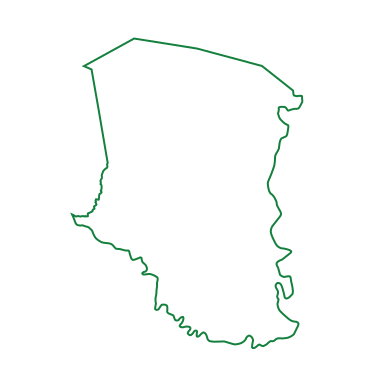 the district of Cucuyagua, Copán, Honduras, rotated 194°
{"feature_id": "27666195B10036969380413", "entity_name": "Cucuyagua", "entity_type": "district", "adm_level": 2, "iso_a3": "HND", "parent_name": "Honduras", "parent_adm1": "Copán", "projection": "natural_earth1", "projection_center": [-88.859, 14.693], "detail": "fine", "context": "isolated", "style": "outline", "palette": "green", "viewbox_px": 384, "rotation_deg": 194, "n_neighbors": 0, "source": "geoboundaries", "source_scale": "gbopen_adm2", "svg_char_len": 5862}
<svg xmlns="http://www.w3.org/2000/svg" viewBox="0 0 384 384"><g transform="rotate(194 192 192)"><path d="M93.9,55.8L93.0,56.4L91.9,57.8L90.7,59.6L89.9,60.2L89.4,60.3L88.2,59.9L86.4,59.6L85.7,59.7L84.8,60.3L82.9,62.0L81.2,64.6L80.0,66.0L79.3,66.5L77.9,66.6L76.6,67.3L76.0,67.9L75.1,69.4L73.7,70.5L72.4,71.1L68.8,71.8L65.5,73.0L63.4,74.0L61.2,75.7L59.6,77.4L59.1,78.1L58.7,78.8L56.8,87.5L56.7,88.9L56.8,89.7L57.0,90.2L57.4,90.7L58.0,91.0L59.5,91.3L61.7,91.0L63.3,91.0L64.2,91.1L65.4,91.4L67.0,92.0L68.9,92.9L74.8,96.0L77.1,97.4L78.7,98.5L80.0,100.1L81.2,102.2L81.8,103.5L82.0,104.4L82.0,107.3L82.1,108.8L82.4,109.1L83.3,109.8L84.1,111.2L84.1,114.3L84.4,116.0L85.2,117.3L87.1,119.2L87.8,120.2L88.1,120.8L88.2,121.5L88.1,122.3L88.0,123.0L87.6,123.7L87.2,124.2L86.7,124.5L85.4,124.7L84.5,124.5L83.1,123.6L81.9,122.0L80.4,119.6L78.1,115.4L76.7,112.5L76.2,111.9L75.6,111.6L74.8,111.5L74.1,111.7L73.5,112.1L72.7,112.8L71.6,114.2L70.5,116.1L69.9,117.2L69.8,118.1L69.9,119.2L70.2,120.5L71.5,123.9L74.2,129.4L75.5,132.5L76.0,133.4L76.6,133.7L77.6,133.7L79.4,133.1L81.8,131.9L82.6,131.8L84.5,132.1L86.3,132.8L86.8,133.3L87.9,135.4L90.0,139.1L90.5,139.8L91.8,141.1L92.5,142.4L92.6,143.2L92.6,143.8L92.3,144.4L91.9,145.1L90.5,146.6L88.7,147.9L88.1,148.4L81.9,156.4L81.4,157.4L81.3,157.9L81.3,158.2L81.6,158.6L82.1,158.9L83.9,159.3L85.6,159.4L88.5,159.4L92.1,159.0L94.0,159.4L95.7,160.0L97.2,161.0L99.2,163.0L102.5,166.9L104.7,170.0L105.7,171.8L106.1,173.0L106.3,175.1L106.0,177.6L104.9,180.2L100.7,189.5L100.2,191.3L100.4,192.5L100.8,193.3L101.5,194.4L103.9,196.9L106.2,199.5L106.6,200.3L107.2,201.8L107.6,202.8L108.6,204.2L109.8,205.6L111.0,206.9L112.4,208.0L113.4,208.7L115.4,209.6L116.3,210.4L117.1,211.2L117.9,212.5L118.9,214.4L119.7,216.2L120.5,218.6L120.7,219.8L120.6,221.1L119.4,228.6L118.8,234.2L118.6,237.1L118.6,238.4L119.1,242.2L119.8,245.8L120.0,247.2L119.7,249.3L118.6,252.9L118.2,255.2L118.9,261.2L118.8,263.3L118.5,264.8L118.1,265.7L114.5,268.5L113.9,269.3L113.7,270.0L113.6,271.2L113.9,275.5L114.3,278.8L114.6,279.5L114.8,279.9L115.4,280.2L116.7,280.4L118.2,280.8L120.0,281.6L123.7,283.8L124.6,284.6L125.5,285.7L126.7,287.5L127.5,288.9L127.6,292.5L127.7,293.1L128.1,294.0L128.2,294.6L128.1,295.0L127.8,295.3L127.0,295.9L124.8,296.5L122.8,296.9L122.1,296.8L121.3,296.5L118.9,294.4L118.3,294.3L117.8,294.5L116.1,295.7L112.9,297.4L110.8,297.9L109.0,298.8L108.7,299.3L108.2,300.4L106.8,306.0L107.1,307.4L108.0,309.9L108.2,311.1L108.4,311.5L108.7,311.7L109.2,311.7L111.7,311.1L113.6,310.3L115.5,310.3L116.4,310.3L116.7,310.6L117.1,311.2L118.3,314.4L118.6,314.9L154.6,331.2L221.8,332.4L285.3,326.9L327.3,288.0L319.1,286.6L303.1,250.6L281.4,201.1L280.9,200.1L280.9,199.4L281.1,198.4L280.2,196.0L280.2,195.5L280.5,194.7L281.4,193.9L282.2,192.7L283.1,191.0L283.3,190.4L283.6,186.5L283.1,184.8L282.8,183.4L283.3,182.1L283.5,180.9L283.4,180.2L282.8,179.4L282.6,178.7L282.5,178.0L282.7,177.6L282.1,177.2L281.4,176.5L280.7,174.4L280.5,171.7L280.8,171.4L280.8,171.2L280.4,170.5L279.8,170.1L279.7,169.8L280.2,168.6L280.5,168.3L281.1,167.9L281.3,167.4L281.2,165.9L280.7,163.2L280.7,162.0L280.9,161.9L283.0,161.8L283.4,161.7L283.5,161.4L283.4,160.3L282.9,159.4L282.9,159.1L283.2,158.7L281.9,157.2L281.7,156.8L282.0,156.0L283.6,154.2L282.6,152.2L284.0,150.7L284.1,150.1L283.9,149.4L284.1,149.0L286.1,147.3L287.2,146.5L287.8,146.0L287.8,145.7L287.7,145.0L287.2,143.6L287.2,143.3L287.5,143.1L288.6,142.8L289.7,142.8L290.2,142.3L290.5,142.2L291.2,142.4L291.7,142.3L293.0,141.9L294.3,141.2L296.9,141.1L297.8,140.5L298.7,140.2L299.5,140.3L301.3,140.9L302.9,141.2L300.2,137.7L297.7,134.0L297.0,133.2L296.0,132.5L294.6,132.2L292.4,132.4L290.1,133.2L287.2,132.9L284.8,132.9L283.8,132.7L281.4,131.5L279.6,130.3L279.1,129.7L277.9,127.9L276.8,126.5L275.5,125.1L274.4,124.1L273.6,123.6L271.5,122.6L268.4,121.6L267.3,121.4L265.4,121.4L263.8,121.6L260.2,122.1L258.0,122.0L257.2,121.8L256.1,121.3L253.3,119.3L252.3,118.7L251.8,118.6L248.1,119.2L243.6,119.1L241.4,119.3L239.9,119.8L239.3,119.7L238.9,119.5L238.5,119.0L237.0,116.2L235.0,113.1L234.2,112.3L233.4,111.9L232.5,111.9L231.3,112.5L228.4,114.5L226.5,115.9L225.9,116.1L225.3,115.9L224.8,115.4L224.3,113.9L223.1,112.0L219.4,110.0L217.9,108.3L217.2,106.8L217.0,105.5L217.3,104.4L218.0,103.5L219.2,102.9L219.9,102.3L220.6,101.2L220.5,100.9L220.2,100.5L219.3,100.2L217.9,100.5L214.5,101.9L213.3,102.2L212.3,102.3L209.9,102.1L207.4,101.6L205.4,100.9L204.8,100.5L204.5,100.1L204.3,99.5L204.1,98.5L203.9,95.0L203.2,92.5L202.7,88.5L201.9,84.0L201.7,79.9L200.9,77.1L200.0,75.0L199.8,71.3L199.6,70.1L199.3,69.4L198.6,69.1L197.8,69.1L197.0,69.4L196.3,69.9L195.9,70.6L195.3,72.4L194.6,74.2L194.3,74.9L194.0,75.3L192.3,75.9L190.5,76.1L189.2,75.8L188.9,75.6L188.5,75.2L188.2,74.5L187.6,72.5L187.2,70.1L186.8,69.3L186.0,68.8L184.8,68.4L181.5,68.0L180.2,67.7L177.8,64.2L177.4,63.8L176.6,63.6L175.8,63.6L174.5,64.1L174.0,64.6L173.3,66.3L172.4,67.5L171.4,68.3L170.8,68.5L170.4,68.5L170.0,68.0L169.7,67.3L169.6,66.0L169.6,64.8L170.2,62.4L171.0,61.0L171.4,60.1L171.6,59.3L171.4,58.8L170.6,58.3L169.1,58.3L167.9,58.6L165.9,59.7L164.2,60.3L162.2,60.5L161.3,60.3L160.9,60.0L160.6,59.5L160.5,58.4L160.8,57.5L161.6,56.0L161.9,55.0L162.0,54.2L161.9,53.8L161.6,53.5L160.4,52.8L159.2,52.6L158.7,52.8L158.2,53.2L157.0,54.9L156.5,56.6L156.1,57.5L155.3,58.3L154.6,58.5L153.9,58.4L153.4,57.9L153.3,57.3L153.1,55.7L152.8,54.1L152.5,53.3L152.1,53.0L151.5,53.0L150.9,53.3L150.0,54.3L148.8,56.5L147.9,57.7L147.1,58.4L146.3,58.5L145.2,58.2L143.8,57.1L142.7,55.5L141.4,53.2L140.8,52.6L139.8,51.9L138.7,51.6L136.9,51.7L134.2,52.1L124.6,54.8L115.8,54.4L113.4,54.5L111.4,55.3L109.5,56.2L107.9,57.2L106.6,58.4L105.6,59.5L104.6,61.2L104.3,62.0L104.0,63.8L103.4,65.0L102.5,66.1L102.0,66.4L101.3,66.5L100.2,66.3L99.0,65.6L97.9,64.6L97.0,63.3L96.8,62.3L96.7,59.4L96.4,57.0L96.1,55.8L95.8,55.5L95.1,55.3L94.6,55.4L93.9,55.8Z" fill="none" stroke="#15803d" stroke-width="2"/></g></svg>